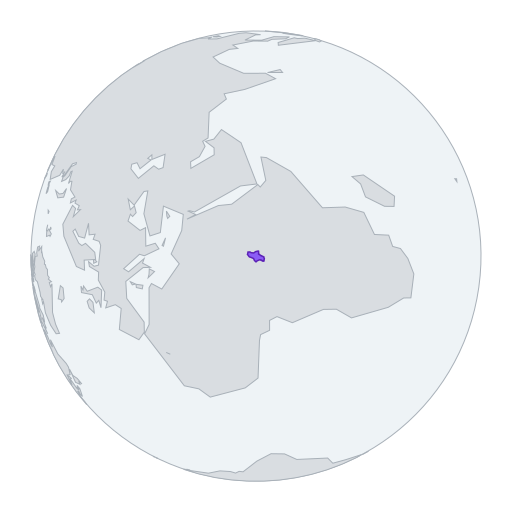 globe centered on Southern Darfur, rotated 278°
{"feature_id": "SDN-5856", "entity_name": "Southern Darfur", "entity_type": "State", "adm_level": 1, "iso_a3": "SDN", "parent_name": "Sudan", "parent_adm1": "", "projection": "orthographic", "projection_center": [24.503, 10.891], "detail": "fine", "context": "on_globe", "style": "filled", "palette": "violet", "viewbox_px": 512, "rotation_deg": 278, "n_neighbors": 0, "source": "natural_earth", "source_scale": "10m", "svg_char_len": 9129}
<svg xmlns="http://www.w3.org/2000/svg" viewBox="0 0 512 512"><g transform="rotate(278 256 256)"><circle cx="256" cy="256" r="225" fill="#eef3f6" stroke="#a8b0b8"/><path d="M184.2,42.5L185.4,42.1L190.2,40.5L193.7,39.5L194.0,39.6L187.4,41.5L186.3,41.8L184.5,42.5L181.1,43.6L183.0,43.1L175.0,45.9L183.2,43.3L177.1,45.7L171.7,47.7L171.9,47.2L167.3,48.9L184.2,42.5ZM120.2,76.2L122.6,74.5L129.8,69.4L134.1,67.0L142.3,61.8L145.3,60.3L153.9,55.8L152.9,57.0L147.3,60.9L140.1,65.0L137.4,67.1L144.5,64.1L131.4,73.4L123.2,83.0L119.8,85.8L112.6,88.5L111.9,85.5L102.6,91.8L108.9,88.7L100.2,96.8L98.9,98.8L99.6,99.2L103.0,96.7L100.1,100.0L92.7,103.7L95.2,100.7L97.5,99.3L97.2,98.3L92.1,102.1L88.1,106.5L85.2,109.1L96.1,97.3L107.8,86.3L120.2,76.2ZM34.7,213.9L35.1,217.5L34.4,220.1L34.3,239.1L38.2,250.2L39.0,260.7L38.2,266.0L40.4,269.3L40.5,273.2L53.0,285.4L62.3,298.4L64.0,311.8L60.2,324.7L65.9,355.1L61.5,360.9L66.6,372.8L74.0,388.1L70.7,384.1L62.0,370.5L54.2,356.2L47.5,341.4L41.9,326.1L37.4,310.5L34.1,294.7L31.9,278.6L30.8,262.4L30.9,246.1L32.2,229.9L34.7,213.9ZM74.0,388.8L77.9,394.0L78.4,394.6L74.0,388.8ZM153.8,55.5L152.2,56.4L153.8,55.5ZM157.6,53.6L155.7,54.4L157.2,53.6L158.3,53.1L157.6,53.6ZM159.5,52.9L160.1,52.2L162.8,50.9L169.2,48.2L159.5,52.9ZM187.5,41.4L186.5,41.7L187.5,41.4ZM195.4,39.1L196.2,38.8L202.9,37.1L202.5,37.3L200.5,37.8L195.4,39.1ZM199.1,38.2L202.1,37.6L199.2,38.5L195.1,39.3L199.1,38.2ZM207.1,36.1L206.0,36.3L205.5,36.5L207.1,36.1ZM190.7,42.3L191.5,41.6L195.0,40.5L190.7,42.3ZM203.5,37.3L204.5,37.0L206.0,36.6L207.3,36.5L203.5,37.3ZM216.2,34.3L216.4,34.2L221.6,33.4L222.1,33.3L215.1,34.5L218.6,33.9L219.0,33.9L212.9,35.0L215.4,34.4L216.2,34.3ZM213.2,35.4L204.7,37.5L202.5,38.8L199.2,39.7L203.5,37.4L213.2,35.4ZM213.5,35.0L212.6,35.4L209.1,36.0L207.5,36.2L213.5,35.0ZM226.3,32.7L225.5,32.9L225.4,32.8L226.3,32.7ZM213.2,35.6L215.3,35.1L213.5,35.6L213.2,35.6ZM222.5,33.4L222.2,33.4L224.0,33.1L222.5,33.4ZM219.6,34.4L216.9,35.0L215.7,35.0L219.6,34.4ZM221.5,33.9L224.0,33.5L217.0,34.7L221.1,33.8L221.5,33.9ZM224.2,33.2L225.2,33.0L224.1,33.3L224.2,33.2ZM225.5,34.4L216.9,35.9L214.4,35.7L223.1,34.3L225.5,34.4ZM428.1,110.7L430.2,113.3L424.8,107.0L430.2,114.1L434.3,118.9L433.2,116.8L440.1,126.6L445.2,133.7L456.2,152.6L463.6,169.4L465.3,177.9L466.7,181.9L464.2,178.3L465.6,187.2L474.2,208.4L475.7,215.1L475.8,229.8L474.9,224.8L468.3,215.0L470.5,231.6L475.7,243.2L477.6,258.6L475.2,255.0L472.8,241.6L470.4,237.7L468.5,223.4L461.7,203.7L459.0,209.1L456.9,200.8L447.1,185.8L441.9,193.2L435.2,218.4L438.3,240.0L434.3,250.7L419.5,221.9L412.2,201.9L407.3,204.8L391.8,189.6L366.2,192.1L362.2,187.2L357.5,190.3L346.5,186.1L340.2,178.1L333.7,179.3L350.4,200.5L357.3,199.4L362.5,190.0L365.9,198.0L376.4,204.2L366.1,225.4L327.5,246.9L323.2,230.9L291.0,188.9L291.6,184.0L291.5,183.5L291.0,182.5L288.7,190.5L282.9,182.5L300.7,211.7L303.9,224.7L327.0,247.9L324.9,250.6L332.2,255.2L354.7,247.1L354.9,252.6L344.6,278.7L313.0,315.1L316.9,337.5L314.2,356.7L293.8,370.3L295.1,384.5L284.5,390.0L283.5,398.0L274.7,406.7L260.2,414.8L236.1,415.2L235.0,408.1L223.6,394.1L208.0,359.2L214.5,343.0L212.5,330.2L195.0,301.3L198.9,285.2L194.1,278.4L184.3,279.8L178.8,271.5L172.8,271.2L135.4,275.0L123.9,263.7L109.9,230.3L116.5,217.9L117.5,203.1L163.4,156.5L173.3,159.7L209.7,154.5L214.2,156.3L210.2,167.3L237.6,181.1L246.2,171.7L270.9,178.9L287.1,178.2L292.5,157.4L265.9,158.0L261.1,148.2L282.2,139.1L305.4,139.8L304.3,136.1L289.4,128.2L294.6,121.5L284.3,125.1L288.6,128.7L282.2,131.3L277.9,128.3L279.9,125.8L272.8,124.4L265.2,137.6L268.7,142.7L250.4,145.5L254.6,154.5L249.6,158.9L240.7,145.4L241.5,140.4L225.0,126.7L222.6,132.0L237.9,145.6L233.2,144.6L230.1,153.0L228.8,145.8L212.7,130.6L196.0,133.9L175.0,154.4L165.1,156.0L156.8,151.7L164.2,130.9L185.3,129.8L188.2,123.5L183.7,114.4L190.5,115.2L191.2,111.7L199.2,111.3L210.2,103.2L218.2,102.4L222.4,92.5L227.1,91.0L223.3,97.1L225.0,101.3L244.9,100.7L248.7,98.6L249.8,92.5L255.2,93.6L253.7,87.8L265.1,85.6L249.9,83.8L250.7,77.7L257.5,73.2L255.0,71.2L244.0,78.7L242.1,82.1L244.8,85.4L237.2,95.8L230.3,97.7L228.0,86.4L218.1,88.2L220.6,79.6L248.8,63.0L260.6,60.3L280.6,67.3L278.0,70.7L269.5,69.6L277.5,75.7L276.8,72.7L281.2,74.0L283.2,69.4L286.4,70.1L282.7,64.8L286.9,65.2L289.2,68.5L295.7,63.1L304.3,63.3L304.2,61.8L301.7,60.2L314.4,62.2L313.8,61.0L309.3,59.9L305.2,57.0L302.8,53.1L307.4,54.0L308.8,55.5L318.7,60.5L321.9,65.1L323.5,65.2L321.8,61.5L309.8,55.2L307.1,52.7L313.2,55.1L310.8,54.0L310.9,53.1L315.2,53.2L308.6,50.4L303.2,41.5L311.1,41.6L317.2,44.2L318.2,41.2L327.0,43.1L322.9,41.8L320.6,40.4L317.9,39.8L315.7,39.1L312.0,37.8L328.7,42.8L345.0,49.0L360.7,56.5L375.8,65.2L390.1,75.0L403.7,85.9L416.4,97.8L428.1,110.7ZM148.0,180.5L146.8,184.8L148.0,180.5ZM330.6,151.7L344.1,151.8L337.1,139.5L341.7,138.8L337.6,135.2L336.5,138.7L326.3,129.0L331.8,125.2L329.6,120.2L324.9,120.0L316.5,128.7L331.1,142.3L328.4,147.5L330.6,151.7ZM35.2,217.5L34.9,220.5L34.6,219.8L35.2,217.5ZM42.5,184.6L42.0,186.7L41.8,186.6L42.5,184.6ZM43.3,181.8L42.8,183.4L42.6,183.8L43.3,181.8ZM100.7,96.5L101.1,96.3L101.1,97.5L99.6,98.3L100.7,96.5ZM109.9,96.0L105.0,101.4L107.4,97.8L104.4,99.6L105.8,94.9L118.1,87.0L112.3,91.2L109.9,96.0ZM111.1,87.3L108.8,90.6L110.8,87.3L111.1,87.3ZM187.6,95.1L190.4,97.1L187.4,101.0L177.2,103.8L181.4,98.0L187.6,95.1ZM194.9,99.3L195.5,88.3L201.8,86.8L198.2,89.4L202.3,89.4L197.6,93.8L203.1,103.7L200.8,107.9L183.2,109.7L190.2,106.5L187.1,104.4L194.9,99.3ZM185.7,69.2L186.0,66.1L199.4,66.4L197.5,69.4L187.2,71.9L183.4,69.9L185.7,69.2ZM170.8,48.9L170.1,48.9L171.9,48.2L174.0,47.6L170.8,48.9ZM190.7,42.0L176.0,48.8L174.4,49.0L167.7,53.6L160.8,56.0L165.4,52.7L155.1,58.5L156.5,56.5L150.0,60.6L160.9,53.1L161.8,52.1L163.4,52.2L169.7,49.9L172.6,48.6L181.7,44.5L186.6,42.0L193.6,39.9L197.2,39.2L197.1,39.4L192.6,40.5L195.7,40.2L189.1,42.1L190.7,42.0ZM235.7,40.3L230.5,40.0L235.6,42.5L229.0,43.2L230.0,43.5L225.4,45.0L221.4,47.5L218.4,47.6L218.2,48.6L215.1,49.8L213.7,51.3L207.9,52.3L205.8,54.3L204.2,53.6L202.1,57.0L201.0,55.0L196.9,56.9L200.1,57.8L171.7,62.4L160.6,67.0L152.0,72.2L151.2,68.9L158.8,62.3L170.4,55.4L181.2,51.9L178.9,51.4L183.4,49.8L183.3,50.8L186.1,48.3L189.8,47.3L200.1,43.1L201.8,40.8L205.6,39.5L206.8,39.9L209.8,38.4L214.5,38.5L217.4,37.7L224.9,37.4L225.5,39.3L228.6,38.4L234.5,38.5L235.7,40.3ZM227.5,34.3L229.7,35.7L227.2,37.0L215.1,37.0L211.9,37.7L204.0,38.5L207.9,36.9L209.7,36.7L212.5,36.2L210.2,36.9L214.0,36.0L216.8,36.0L220.5,35.3L220.2,35.8L227.5,34.3ZM219.4,152.2L222.9,152.6L228.4,152.1L226.5,157.7L219.4,152.2ZM208.1,141.9L211.3,141.1L211.3,148.1L207.6,148.0L208.1,141.9ZM213.1,135.1L211.5,140.6L210.2,137.5L213.1,135.1ZM226.2,96.3L229.6,95.6L230.0,97.0L228.1,99.2L226.2,96.3ZM249.4,50.2L246.8,49.3L247.8,48.7L246.2,45.8L250.9,45.4L253.8,47.0L249.4,50.2ZM288.0,161.0L283.3,165.1L280.9,163.3L283.0,162.2L288.0,161.0ZM253.4,161.5L261.4,163.9L252.8,163.0L253.4,161.5ZM254.3,49.3L253.0,48.1L256.2,48.7L254.3,49.3ZM254.3,45.0L258.0,45.4L251.3,45.0L254.3,45.0ZM360.2,442.1L360.4,443.9L357.5,444.6L360.2,442.1ZM351.2,351.0L334.5,384.9L324.3,385.8L323.1,376.4L329.8,356.2L341.9,349.6L348.0,340.0L351.2,351.0ZM478.9,288.6L477.9,290.5L476.8,289.1L477.7,284.9L479.4,283.7L479.4,285.4L478.9,288.6ZM477.5,285.0L475.2,276.4L467.8,248.8L470.5,248.2L477.4,263.5L477.1,266.9L478.5,274.0L477.5,285.0ZM480.8,270.8L480.7,271.2L480.4,270.5L480.2,258.5L480.3,251.8L480.8,251.3L480.2,233.5L481.2,252.2L480.8,270.8ZM439.3,241.9L444.0,254.0L441.4,256.8L439.3,241.9ZM468.9,188.1L468.5,189.9L467.4,186.7L467.1,182.6L468.9,188.1ZM293.0,48.5L290.0,52.6L291.1,56.2L296.5,59.0L287.5,57.3L286.0,51.6L293.0,48.5ZM301.5,42.0L296.7,40.3L299.5,40.4L301.0,40.8L301.5,42.0ZM298.1,41.4L290.7,40.7L288.5,39.4L294.7,40.2L298.1,41.4ZM272.5,43.8L271.3,44.9L268.8,44.3L272.5,43.8ZM314.3,38.8L311.5,38.0L312.9,38.2L314.3,38.8ZM304.7,36.2L305.1,36.4L302.8,35.8L304.7,36.2ZM306.3,37.4L304.4,36.4L309.0,37.9L306.3,37.4Z" fill="#d9dde1" stroke="#a8b0b8" stroke-width="1"/><path d="M252.6,261.7L252.5,261.4L252.6,261.2L252.8,260.9L252.8,260.7L252.7,260.0L252.6,259.9L252.0,258.8L251.3,257.8L250.6,257.1L250.2,256.8L251.3,255.1L252.3,254.5L253.2,253.9L253.9,251.3L254.1,249.9L254.2,249.6L254.4,249.3L256.4,247.3L257.6,247.5L258.2,247.5L258.8,247.5L259.1,249.0L259.0,250.0L258.6,250.6L258.7,253.3L259.6,254.3L260.2,254.8L260.8,256.3L261.2,257.4L261.2,257.8L260.9,257.9L260.7,257.9L260.6,258.0L260.4,258.0L260.2,258.0L259.9,258.1L259.6,258.1L259.4,258.2L259.2,258.3L258.9,258.2L258.8,258.3L258.7,258.3L258.7,258.2L258.7,258.3L258.4,258.3L258.2,258.3L258.0,258.8L258.0,259.0L258.0,259.3L257.9,259.5L257.7,259.7L257.6,259.9L257.5,260.0L257.3,260.1L257.2,260.2L257.1,260.3L257.1,261.3L257.1,261.5L256.9,261.7L256.7,261.8L256.7,262.0L256.6,262.7L256.6,262.8L256.2,263.4L256.2,263.5L256.2,263.9L256.0,264.0L255.6,264.0L255.1,264.3L254.8,264.5L254.7,264.6L254.1,264.6L253.9,264.6L253.7,264.6L253.3,264.5L253.1,264.5L252.8,264.6L252.7,264.6L252.4,264.5L252.2,264.6L252.0,264.4L252.1,264.2L252.3,263.9L252.4,263.7L252.3,263.4L252.1,263.6L251.9,263.5L251.9,263.4L251.9,262.9L252.0,262.8L252.1,262.7L252.3,262.7L252.5,262.4L252.6,262.2L252.7,261.8L252.7,261.7L252.6,261.7Z" fill="#8b5cf6" stroke="#5b21b6" stroke-width="1.5"/></g></svg>